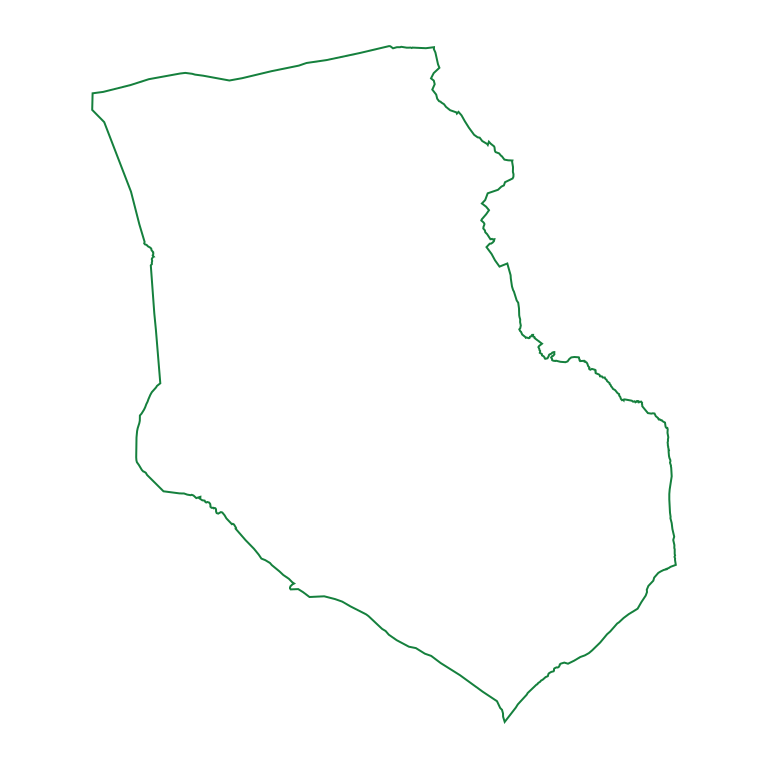 Krødsherad nor, Buskerud, Norway
{"feature_id": "86288312B702333415323", "entity_name": "Krødsherad nor", "entity_type": "district", "adm_level": 2, "iso_a3": "NOR", "parent_name": "Norway", "parent_adm1": "Buskerud", "projection": "orthographic", "projection_center": [9.773, 60.192], "detail": "fine", "context": "isolated", "style": "outline", "palette": "green", "viewbox_px": 768, "rotation_deg": 0, "n_neighbors": 0, "source": "geoboundaries", "source_scale": "gbopen_adm2", "svg_char_len": 6072}
<svg xmlns="http://www.w3.org/2000/svg" viewBox="0 0 768 768"><path d="M92.6,93.3L92.2,109.9L104.2,122.1L131.0,191.7L139.4,224.5L144.6,241.9L144.2,243.4L145.0,244.4L146.6,244.9L147.9,246.3L150.5,247.8L151.3,248.8L151.4,249.8L151.7,250.4L153.2,252.2L153.0,252.7L153.3,253.3L153.2,254.4L152.7,255.3L153.7,256.6L153.2,256.7L151.9,258.7L151.8,259.3L152.2,260.9L151.8,262.7L151.9,264.1L150.8,265.4L154.3,313.4L155.9,329.8L160.3,383.3L157.0,385.9L156.0,387.5L151.8,392.2L150.3,394.9L148.4,399.3L147.6,401.6L146.3,404.2L145.2,407.2L144.0,409.7L141.5,413.7L139.9,415.5L139.8,420.7L139.3,423.2L137.7,428.2L137.1,431.1L136.5,437.6L136.2,457.3L136.4,460.2L136.9,462.2L138.9,465.0L141.8,469.9L143.3,471.5L144.3,471.8L145.8,472.8L147.1,475.0L163.5,491.3L179.6,493.4L184.1,493.5L187.2,494.6L190.6,495.2L191.7,494.8L193.5,495.5L196.3,498.1L200.4,496.8L200.4,497.2L199.5,498.4L202.3,500.3L204.6,500.6L205.3,501.9L206.2,502.5L207.3,502.0L209.2,502.6L210.2,504.0L210.5,506.0L210.4,506.7L211.5,507.8L213.3,507.8L213.6,508.3L214.8,508.0L215.5,508.4L216.0,509.3L216.1,511.7L216.7,513.1L218.2,513.6L220.9,512.1L222.3,512.5L224.6,515.3L226.4,518.4L231.9,524.2L232.8,523.8L234.0,524.5L236.1,528.0L236.1,528.5L235.7,528.8L245.6,540.2L253.9,548.7L258.7,554.6L261.4,558.6L265.2,560.1L270.0,563.0L271.8,565.1L279.6,571.5L283.3,575.0L288.9,578.8L292.2,582.2L294.1,583.5L292.4,584.4L290.5,586.2L290.0,587.5L290.0,588.4L290.7,589.4L298.2,589.1L303.0,592.1L309.5,597.0L324.2,596.3L335.1,599.1L342.2,601.6L350.3,606.3L366.2,614.4L368.5,616.1L382.1,628.9L385.6,631.0L388.8,634.7L396.7,640.2L408.9,646.7L415.9,648.1L424.9,653.7L431.2,655.9L440.6,663.0L460.0,675.2L482.7,691.7L497.0,701.2L500.2,708.0L502.0,709.8L503.0,713.4L503.1,716.7L504.7,721.9L515.8,707.6L517.8,704.4L526.8,694.6L527.6,693.1L536.6,684.5L537.3,684.3L538.2,683.0L540.2,681.7L541.0,680.6L542.7,679.7L545.6,677.1L547.8,676.2L548.5,673.8L549.2,673.1L551.3,671.9L553.6,671.3L554.0,670.5L554.0,669.1L554.4,668.4L556.4,667.4L557.7,667.5L558.6,667.1L559.7,665.4L559.8,664.4L560.9,663.6L564.3,662.6L568.0,663.7L574.1,660.7L580.3,657.0L584.8,655.4L588.9,653.1L592.1,650.4L600.2,642.5L607.1,634.2L610.2,631.5L617.2,623.5L619.0,622.3L623.6,618.0L628.8,614.1L637.6,608.7L641.4,602.1L645.7,595.6L647.0,592.1L646.8,589.7L648.4,585.9L653.3,580.7L654.2,577.6L658.3,572.9L660.6,571.5L663.6,570.0L666.4,569.3L666.2,569.0L668.6,568.1L670.6,566.8L675.8,564.9L675.0,559.9L675.1,558.5L674.5,556.9L675.1,555.3L674.7,554.2L674.7,549.2L674.3,548.0L674.4,545.1L673.3,540.3L673.3,539.7L674.2,536.7L672.4,529.0L671.7,523.1L670.4,518.1L670.6,516.9L670.0,512.7L669.3,499.4L669.3,494.0L669.7,489.3L671.7,476.3L671.2,467.7L670.9,466.3L671.0,465.7L670.0,462.7L670.4,461.2L670.3,460.0L669.5,458.2L669.0,456.1L668.6,451.5L669.0,450.4L668.5,449.9L668.7,449.5L668.1,446.9L668.2,446.4L667.9,445.7L667.8,443.6L667.6,442.7L668.0,440.9L667.9,439.7L668.3,437.3L667.5,432.9L667.7,429.2L667.3,427.9L666.5,428.0L665.6,426.8L665.0,422.6L662.4,421.1L661.7,420.2L660.5,420.1L659.8,419.4L658.9,419.5L658.7,418.9L658.2,418.7L658.0,418.0L655.8,416.2L654.5,413.5L652.8,413.3L651.3,413.6L647.9,413.1L642.3,406.3L642.2,404.6L641.9,404.0L642.1,402.8L641.1,401.6L640.1,401.9L639.5,401.7L638.8,402.4L638.4,402.3L638.1,401.1L637.0,401.0L636.4,401.8L635.4,402.3L634.7,401.3L633.1,401.7L631.8,400.7L625.9,399.6L624.5,399.4L623.8,399.8L623.7,400.3L623.2,399.7L622.0,400.2L620.9,398.9L620.2,396.8L619.2,395.6L619.1,394.1L617.6,393.2L615.2,390.2L612.9,388.8L612.2,387.5L611.1,386.3L610.7,385.1L609.7,384.1L609.6,383.2L607.1,381.1L606.5,379.7L605.7,379.2L605.0,378.3L604.8,377.5L602.7,377.5L601.9,376.4L600.0,376.3L599.9,375.4L599.0,374.5L595.8,373.2L595.5,372.8L595.7,371.8L595.3,371.0L595.6,370.3L595.0,369.8L591.9,368.9L590.4,369.7L589.5,369.3L589.1,368.7L589.4,367.5L588.2,366.2L587.3,363.6L586.6,362.5L585.7,362.1L585.4,361.5L584.5,361.7L584.1,360.8L580.1,361.1L579.6,360.5L579.7,359.6L579.1,358.8L579.0,357.6L578.8,357.3L574.4,357.0L571.3,357.4L569.3,359.0L567.6,361.4L565.4,362.2L560.4,361.8L556.0,360.7L555.4,361.0L553.3,360.7L552.2,360.2L551.9,358.5L551.2,357.7L551.6,357.3L551.6,356.7L551.9,356.3L553.2,355.8L554.4,354.3L554.2,352.9L554.4,352.1L554.2,352.0L552.3,352.6L551.5,353.6L549.4,354.5L548.9,355.2L548.8,355.9L547.5,358.3L545.2,358.8L544.8,358.4L544.5,357.4L543.6,356.3L542.0,355.4L541.9,354.1L539.8,352.8L540.1,351.9L540.1,350.8L539.5,350.2L539.3,348.9L538.4,347.1L539.2,345.9L542.0,343.7L534.6,338.1L534.7,337.5L534.4,337.0L533.1,336.5L533.0,336.0L533.1,334.9L532.1,334.9L531.0,336.4L529.9,336.8L529.5,338.0L528.8,338.2L526.5,337.5L525.8,337.8L525.4,337.1L522.2,334.5L521.0,331.8L520.1,331.0L519.3,329.3L520.2,328.3L520.8,325.5L520.1,322.2L520.2,319.5L519.5,317.0L519.2,315.3L519.0,308.4L518.2,302.7L516.7,300.5L513.9,291.5L513.1,290.1L512.0,286.5L510.8,278.4L510.6,275.2L507.3,263.5L499.5,266.6L495.0,260.3L491.6,254.0L486.5,247.1L489.7,243.7L491.1,243.6L492.6,242.6L493.9,241.2L494.4,239.2L492.4,239.4L492.0,238.9L490.4,239.2L487.1,234.1L485.3,232.3L484.9,230.4L483.3,228.5L483.5,226.8L484.4,224.5L484.3,223.5L483.4,222.3L481.3,220.5L481.8,219.3L486.2,214.2L489.0,210.2L486.1,206.7L481.9,203.5L485.2,200.0L487.7,193.3L498.0,189.8L501.4,186.6L503.9,185.4L505.0,182.2L512.6,178.5L513.4,176.8L513.5,174.2L512.9,171.9L513.0,167.1L512.1,161.7L512.4,160.5L508.1,160.3L504.4,159.6L501.9,156.3L501.0,155.7L499.1,153.4L495.6,152.1L494.9,150.8L494.5,147.4L494.1,146.4L490.7,143.7L488.9,141.7L487.8,144.9L487.2,144.0L482.2,141.0L479.7,137.7L477.6,137.3L474.1,134.8L468.9,127.7L464.8,121.2L461.5,115.3L458.5,111.9L456.9,113.6L456.4,112.4L450.1,110.2L446.0,106.9L444.0,104.2L441.3,102.5L440.6,101.7L439.1,101.2L437.2,98.7L436.2,94.6L432.3,89.6L434.7,84.2L433.8,80.6L431.0,78.4L433.7,73.1L439.4,67.8L438.0,64.3L435.4,52.5L433.9,49.2L434.0,47.2L425.9,48.2L412.4,47.6L411.8,48.0L410.7,47.6L406.9,47.7L401.2,46.8L400.1,47.2L396.9,47.2L393.0,48.3L390.4,46.3L389.1,46.1L359.4,53.1L326.4,60.1L306.4,63.0L298.9,65.6L271.4,71.2L242.1,78.2L229.4,80.5L203.2,75.7L195.0,74.6L192.2,73.8L185.3,72.9L180.2,73.5L148.8,79.2L130.7,85.0L103.2,91.9L92.6,93.3Z" fill="none" stroke="#15803d" stroke-width="2"/></svg>